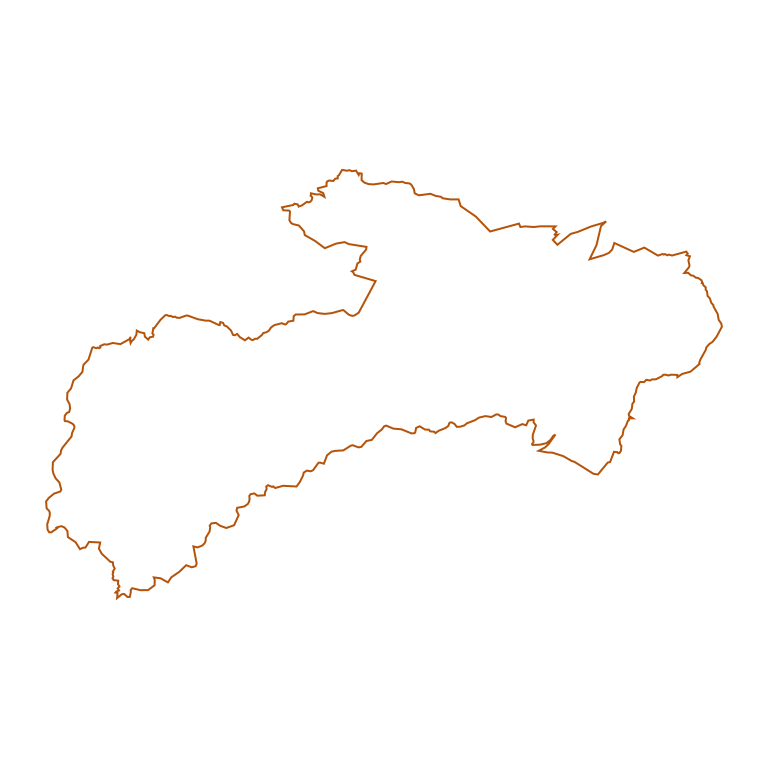 Huatlatlauca, Puebla, Mexico
{"feature_id": "50627088B76426864141477", "entity_name": "Huatlatlauca", "entity_type": "district", "adm_level": 2, "iso_a3": "MEX", "parent_name": "Mexico", "parent_adm1": "Puebla", "projection": "mercator", "projection_center": [-98.065, 18.679], "detail": "fine", "context": "isolated", "style": "outline", "palette": "amber", "viewbox_px": 768, "rotation_deg": 0, "n_neighbors": 0, "source": "geoboundaries", "source_scale": "gbopen_adm2", "svg_char_len": 6067}
<svg xmlns="http://www.w3.org/2000/svg" viewBox="0 0 768 768"><path d="M148.1,590.1L154.6,585.2L154.7,579.8L153.8,577.4L160.6,578.3L167.9,582.4L171.4,577.2L179.2,571.9L186.2,565.2L191.7,567.3L195.6,566.2L196.7,563.6L193.4,546.4L197.6,547.4L202.2,545.6L204.5,543.4L205.6,541.1L205.8,537.7L209.6,531.5L210.2,527.1L209.7,525.7L211.4,523.4L216.0,522.9L220.2,525.8L226.3,528.0L234.1,525.2L238.7,515.1L236.5,510.6L237.2,507.8L244.2,506.5L247.8,504.0L249.1,501.7L249.6,499.0L249.3,496.0L250.4,494.3L254.3,493.4L257.3,495.7L264.8,495.3L265.1,491.9L266.6,489.3L266.3,486.5L268.0,485.2L272.1,486.9L273.2,486.4L275.2,488.0L283.1,485.8L296.5,486.5L299.8,482.0L303.1,475.5L303.7,472.6L306.9,470.6L310.7,471.3L313.1,470.2L318.4,462.8L320.0,462.6L323.9,463.7L327.0,455.4L331.3,451.8L334.8,450.9L343.3,450.4L350.9,445.6L352.6,445.2L358.6,447.4L361.4,446.8L366.4,441.0L371.8,439.9L377.1,433.2L381.8,429.5L384.2,426.3L386.2,425.6L393.3,428.6L401.4,429.3L411.5,433.4L414.5,433.2L415.3,432.2L416.1,427.9L419.7,426.3L424.9,429.5L429.0,429.7L430.1,431.3L434.3,431.8L435.5,433.1L438.6,430.8L445.3,428.1L448.3,426.0L449.2,423.3L450.2,422.4L452.3,422.6L454.7,424.1L456.7,426.8L460.2,426.7L464.4,425.4L466.9,423.3L474.9,420.2L479.0,417.6L485.4,416.1L491.4,417.0L496.3,414.4L498.3,414.5L500.4,416.1L505.2,416.9L506.0,417.9L505.6,421.5L506.5,423.6L515.1,427.3L522.3,424.1L526.2,425.3L528.3,420.6L533.7,419.6L533.6,422.3L536.0,425.5L532.8,434.8L532.7,438.5L533.5,441.0L533.4,442.3L532.1,444.0L532.4,444.9L539.9,444.7L546.4,443.2L550.5,439.9L553.3,435.9L555.4,434.6L548.6,444.1L545.3,447.3L538.7,450.8L547.7,452.5L552.2,452.6L563.2,456.1L571.9,461.1L574.4,461.8L593.5,473.8L597.9,474.5L607.6,462.7L610.1,462.0L614.0,451.8L617.5,452.2L618.2,453.2L619.5,453.0L620.9,450.9L621.4,445.9L620.1,444.2L619.4,439.3L622.6,435.2L623.6,429.4L625.9,426.0L627.9,420.8L628.9,420.3L628.9,418.3L632.8,418.3L629.1,416.0L628.7,414.0L631.8,408.9L632.4,403.8L634.1,401.5L633.9,396.7L635.8,392.5L636.8,387.8L639.5,382.6L640.5,381.9L644.1,382.1L646.3,379.8L650.1,380.5L652.0,379.4L655.9,379.3L662.3,376.0L663.2,374.8L665.7,374.7L668.5,375.5L671.0,374.7L677.3,374.9L677.4,377.2L682.2,373.9L690.4,371.7L699.6,363.9L699.2,363.0L700.3,359.7L705.7,350.0L706.3,347.5L709.3,344.0L712.5,341.9L716.6,336.7L721.9,326.7L721.3,323.6L718.7,319.9L717.7,314.0L713.5,306.5L713.4,305.2L711.3,302.8L709.8,298.3L707.6,296.0L707.0,291.3L705.7,289.8L705.7,287.3L703.4,285.3L702.8,283.2L701.8,283.0L702.1,281.9L701.4,280.2L698.0,277.9L695.9,277.7L693.2,275.7L690.8,275.3L688.2,272.8L684.3,273.0L689.1,267.1L689.5,265.4L688.4,260.4L689.9,256.3L686.4,255.2L687.7,253.6L686.3,251.6L672.1,255.5L668.7,254.6L667.3,255.3L665.0,254.1L663.8,254.6L662.5,254.0L658.0,255.6L644.3,247.6L633.8,251.9L614.3,243.0L612.2,249.5L608.9,252.9L603.9,255.1L589.6,259.3L596.5,245.1L601.0,226.1L606.2,221.4L602.8,223.0L591.0,226.5L577.8,231.9L570.7,233.9L557.4,244.8L552.8,239.9L557.6,234.8L555.6,235.3L554.7,234.6L556.7,232.1L552.9,228.9L555.4,226.4L540.7,226.3L533.7,227.0L525.0,226.4L520.4,227.0L519.0,223.6L490.1,231.5L475.9,216.6L460.7,206.1L458.6,199.4L450.2,199.4L442.8,198.3L440.9,196.8L435.6,195.9L430.5,193.8L418.8,195.3L414.7,193.3L413.9,189.0L411.3,184.7L409.8,183.5L405.0,182.9L402.3,181.7L398.9,182.2L391.6,181.5L386.1,184.0L383.3,183.0L373.5,184.4L368.6,184.1L364.4,182.6L361.6,180.2L361.7,173.6L359.4,173.2L358.7,175.0L356.0,170.6L351.9,171.2L349.6,170.2L346.9,170.7L342.1,169.9L339.0,175.1L337.7,176.1L337.7,178.4L335.2,178.7L333.3,181.0L329.3,180.5L327.4,181.3L326.6,182.5L326.5,186.1L317.8,188.3L318.3,190.7L323.2,193.1L324.4,196.8L320.0,194.3L316.5,194.5L311.0,193.3L310.7,195.9L312.0,196.9L312.3,198.0L311.5,200.5L310.2,201.8L308.7,202.4L307.0,201.8L301.9,205.4L298.7,206.6L297.7,204.4L294.4,203.7L293.2,205.0L282.0,207.3L283.3,210.3L289.2,210.6L290.0,211.6L289.4,220.2L290.9,222.8L292.9,224.1L298.9,225.5L304.0,231.3L304.8,235.1L315.0,240.9L324.8,248.2L336.1,243.6L344.6,242.1L348.9,244.1L366.5,246.9L366.1,249.6L360.7,256.0L359.8,259.5L360.3,261.6L357.4,263.5L355.7,269.6L351.9,271.3L353.1,272.1L354.5,274.9L375.6,281.1L358.7,312.7L354.4,315.5L352.2,315.9L348.8,314.7L343.5,310.2L342.6,310.1L331.9,313.1L324.9,313.9L317.6,313.1L313.2,311.1L304.5,314.4L295.7,314.5L293.7,316.1L293.4,320.7L288.3,321.6L286.2,324.1L285.0,324.5L281.8,323.2L274.2,325.2L271.1,327.4L268.8,330.8L266.3,332.3L263.3,333.0L261.8,335.1L257.2,338.8L255.2,338.7L253.0,340.0L251.4,339.8L248.6,337.6L244.9,340.3L239.7,337.0L237.2,333.9L234.9,335.2L233.1,335.0L231.0,330.5L226.8,326.4L224.2,325.4L223.1,322.9L220.3,322.1L219.7,325.1L218.8,325.0L209.5,320.7L206.0,320.7L197.7,319.2L187.8,315.6L186.3,315.5L179.6,317.9L176.9,317.7L174.9,316.6L173.0,317.1L170.9,315.9L169.2,316.1L166.7,315.0L165.2,315.3L160.5,319.8L153.9,328.5L153.3,328.3L152.4,333.3L153.6,334.8L153.0,336.7L149.8,337.3L148.2,339.6L144.9,336.6L144.3,333.2L139.8,332.2L136.8,330.6L136.4,334.7L133.8,339.3L131.7,341.1L130.6,343.1L130.1,340.3L130.6,336.8L129.6,339.0L120.5,344.1L112.7,343.0L107.1,344.6L104.2,344.3L100.2,346.0L100.4,347.5L99.1,348.2L97.9,347.5L96.2,348.2L93.4,347.2L92.3,347.6L88.5,359.6L83.4,364.9L82.4,371.9L78.6,376.4L73.5,380.4L71.1,388.3L67.4,392.7L67.1,399.5L69.6,404.3L70.1,408.8L69.1,412.1L67.0,412.8L64.8,415.6L64.5,420.1L65.0,421.1L68.0,421.4L72.7,423.9L74.1,425.5L74.5,427.5L72.1,433.0L71.5,436.5L62.7,447.4L61.0,450.5L60.6,453.8L52.9,462.2L52.6,470.0L53.4,473.6L55.6,478.3L59.4,482.5L61.3,489.6L60.3,491.5L54.1,493.6L48.9,497.8L46.1,501.4L46.6,508.3L49.2,511.0L49.8,512.7L49.7,516.0L47.2,524.4L47.6,529.7L49.2,532.3L51.2,532.3L57.0,528.4L56.4,527.7L57.4,527.1L61.6,526.2L64.5,527.5L67.4,531.0L67.9,537.1L75.6,542.2L80.0,549.2L82.5,547.9L85.5,547.5L89.0,541.9L100.2,542.5L98.9,548.6L101.7,553.7L110.4,561.8L112.9,562.3L113.2,565.4L114.7,568.6L112.8,571.7L113.3,572.4L112.6,574.2L113.4,576.7L112.5,578.2L113.7,580.1L118.2,580.7L118.0,584.2L119.5,586.5L117.7,588.4L119.0,590.5L116.4,591.5L115.5,592.6L117.5,593.0L117.1,598.1L121.7,594.3L124.0,593.9L127.6,597.0L129.8,596.9L130.8,592.2L130.7,590.0L132.2,588.2L140.5,590.2L148.1,590.1Z" fill="none" stroke="#b45309" stroke-width="2"/></svg>